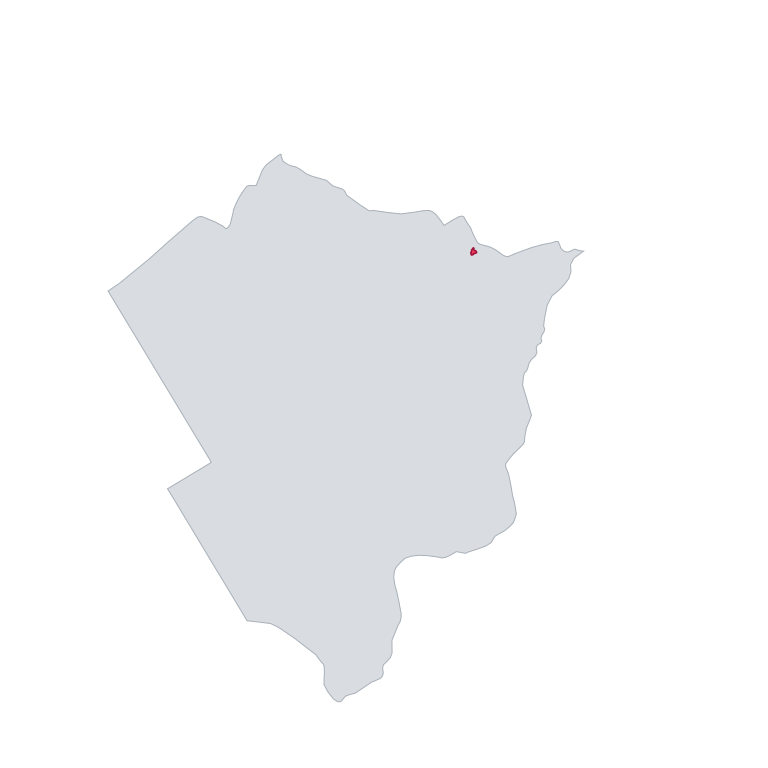 Francistown on a map of Botswana (Mercator projection), rotated 329°
{"feature_id": "BWA-5502", "entity_name": "Francistown", "entity_type": "City", "adm_level": 1, "iso_a3": "BWA", "parent_name": "Botswana", "parent_adm1": "", "projection": "mercator", "projection_center": [27.509, -21.161], "detail": "fine", "context": "in_parent", "style": "filled", "palette": "rose", "viewbox_px": 768, "rotation_deg": 329, "n_neighbors": 0, "source": "natural_earth", "source_scale": "10m", "svg_char_len": 3305}
<svg xmlns="http://www.w3.org/2000/svg" viewBox="0 0 768 768"><g transform="rotate(329 384 384)"><path d="M414.0,134.0L413.0,136.6L412.2,140.5L413.1,143.4L415.2,147.2L418.1,150.6L420.4,152.7L423.1,157.6L425.7,163.9L429.3,168.8L439.6,179.9L440.8,183.9L442.2,187.9L448.7,195.5L449.7,198.1L449.3,203.2L456.0,218.8L460.4,227.9L464.1,229.6L476.0,239.3L486.4,247.1L498.6,252.4L507.5,255.9L511.9,258.4L514.1,260.9L515.9,265.6L516.8,273.7L517.1,279.0L526.7,278.8L534.7,279.2L537.5,280.3L538.5,281.8L538.3,285.3L538.4,290.5L538.7,294.7L537.9,299.1L537.3,304.4L537.0,310.9L538.2,313.5L545.9,321.7L549.1,327.1L552.5,335.2L554.5,337.8L556.2,338.8L563.1,339.7L581.0,343.1L592.0,346.2L600.7,349.4L604.4,350.2L606.1,351.1L606.7,351.9L605.6,358.9L606.0,361.2L607.0,363.3L608.5,364.9L610.3,365.9L616.9,366.6L620.9,370.9L623.5,372.9L611.5,374.0L605.5,377.6L602.1,384.0L596.7,388.8L589.3,391.8L581.5,393.8L573.3,395.0L564.5,400.5L555.3,410.5L550.5,416.8L550.3,419.3L548.2,421.6L544.3,423.5L542.0,425.7L541.5,428.4L539.4,429.7L535.7,429.5L533.0,431.5L531.5,435.5L528.3,437.9L523.2,438.8L518.8,441.0L515.1,444.7L512.3,446.5L510.3,446.6L507.2,449.6L502.1,456.6L501.3,459.9L494.4,486.6L490.6,489.7L483.3,495.2L477.4,501.8L474.8,505.7L472.1,507.4L458.5,510.7L453.4,512.4L447.3,515.0L445.8,517.2L444.3,525.5L440.1,537.4L436.6,546.2L434.4,553.9L430.6,563.4L427.2,566.6L423.4,569.5L418.4,570.9L411.7,571.9L405.5,571.6L400.7,571.7L394.1,575.1L387.9,575.3L378.1,573.4L370.2,571.5L366.6,571.1L359.6,564.9L355.1,565.0L348.2,564.5L344.3,563.1L340.8,559.9L333.0,553.6L325.4,548.6L318.6,545.6L312.3,544.2L306.3,545.4L301.7,546.8L299.9,547.4L296.3,550.0L292.6,555.0L289.5,562.7L288.3,567.5L284.9,577.6L280.4,589.7L278.2,593.2L275.7,595.8L271.8,598.1L258.8,607.8L252.4,618.7L248.3,621.9L243.4,623.4L239.2,624.3L236.9,626.1L234.4,631.6L232.2,633.6L229.7,634.4L222.3,633.7L219.9,633.1L200.3,634.2L194.4,632.5L190.1,631.8L183.4,634.0L180.7,632.5L178.4,627.9L177.3,618.7L177.7,610.9L181.3,605.0L184.3,600.7L187.3,595.1L187.7,592.5L187.1,590.3L186.5,585.6L186.2,580.9L182.0,570.6L176.8,556.9L169.8,541.6L167.7,537.4L163.3,530.8L147.2,518.3L144.7,516.6L144.7,515.2L144.7,503.1L144.7,487.0L144.7,471.0L144.6,455.0L144.6,439.1L144.6,423.2L144.6,407.3L144.6,391.4L144.6,375.6L144.5,362.3L156.2,362.3L170.6,362.3L187.7,362.3L195.2,362.3L195.7,360.2L195.7,350.4L195.6,328.0L195.6,305.7L195.6,283.4L195.5,261.2L195.5,239.1L195.5,217.0L195.4,195.0L195.4,173.0L195.4,162.2L208.6,161.5L223.7,159.3L248.3,155.7L271.2,151.2L286.1,148.6L303.8,145.5L309.9,145.0L311.6,145.4L314.0,146.5L322.2,157.4L327.3,165.8L328.4,169.4L329.3,169.7L331.8,169.2L334.5,167.8L342.8,159.5L344.6,157.3L349.9,153.3L356.4,149.2L362.2,146.3L368.1,143.9L370.8,144.5L374.0,146.6L376.8,147.9L390.2,137.8L396.1,135.5L411.8,133.6L414.0,134.0Z" fill="#d9dde1" stroke="#a8b0b8" stroke-width="1"/><path d="M530.2,313.3L530.7,313.3L531.0,313.7L530.9,314.2L530.4,314.6L530.1,315.4L530.3,316.2L530.6,316.3L531.0,316.6L531.3,317.0L531.2,317.7L531.3,318.3L531.3,318.7L531.2,319.0L530.3,319.2L530.1,319.2L528.7,318.5L527.9,318.3L527.6,319.0L526.5,318.9L525.6,318.7L525.4,318.3L525.4,317.6L525.6,317.0L526.0,316.8L526.3,316.5L526.2,316.1L526.2,315.9L526.7,315.8L527.4,315.3L527.7,314.9L528.1,314.2L528.7,314.1L529.8,313.5L530.2,313.3Z" fill="#f43f5e" stroke="#9f1239" stroke-width="1.5"/></g></svg>